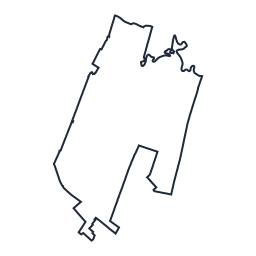 outline of Barcanesti, Ialomita, Romania
{"feature_id": "2599482B37861842426692", "entity_name": "Barcanesti", "entity_type": "district", "adm_level": 2, "iso_a3": "ROU", "parent_name": "Romania", "parent_adm1": "Ialomita", "projection": "albers", "projection_center": [26.664, 44.608], "detail": "fine", "context": "isolated", "style": "outline", "palette": "slate", "viewbox_px": 256, "rotation_deg": 0, "n_neighbors": 0, "source": "geoboundaries", "source_scale": "gbopen_adm2", "svg_char_len": 5543}
<svg xmlns="http://www.w3.org/2000/svg" viewBox="0 0 256 256"><path d="M171.2,194.5L173.5,184.3L174.0,182.0L180.1,158.8L183.3,143.7L183.9,140.7L187.6,123.3L190.1,114.5L195.4,97.4L195.6,97.2L197.5,90.8L198.0,88.8L198.0,88.5L197.9,88.3L199.3,84.4L200.2,81.6L201.2,79.0L202.1,76.1L201.0,76.1L200.0,76.0L199.4,75.9L198.2,75.3L194.9,73.2L194.5,72.8L193.9,71.4L193.7,70.7L193.8,69.9L193.9,68.7L194.1,67.8L194.4,67.0L194.2,66.4L193.9,66.0L193.4,65.8L192.9,65.8L192.1,66.1L191.8,66.4L191.4,66.9L191.1,67.2L190.7,68.0L190.6,68.9L190.5,69.5L190.4,70.1L190.1,70.6L189.5,71.1L189.0,71.1L188.5,70.9L188.0,70.4L187.1,69.7L186.4,69.5L185.7,69.6L185.1,70.0L184.7,70.4L184.2,70.8L183.8,71.0L183.3,71.0L182.5,71.0L182.2,70.7L181.9,70.4L181.7,70.0L181.5,69.3L181.5,68.4L181.6,67.7L182.2,65.6L182.4,65.0L182.6,64.1L182.6,63.4L182.5,62.8L182.2,61.6L181.2,58.7L180.9,58.1L180.6,57.5L180.2,56.9L179.5,55.7L178.1,54.1L177.2,52.9L176.7,52.2L176.6,51.7L176.6,51.3L176.8,50.8L177.4,50.2L177.9,49.9L178.6,49.7L180.7,49.5L181.8,49.4L182.7,49.1L183.9,48.6L184.4,48.2L184.8,47.6L185.5,47.0L186.2,46.7L186.6,46.4L186.7,46.1L186.8,45.6L186.8,45.3L186.7,44.9L186.4,44.4L185.5,43.1L185.1,42.5L184.7,42.1L184.3,41.8L183.2,42.0L182.9,42.1L182.5,42.4L182.1,43.1L181.8,43.6L181.3,44.2L180.7,44.5L180.2,44.6L179.6,44.4L179.0,44.1L178.1,43.5L177.3,42.2L176.9,41.3L176.6,40.5L176.1,39.1L175.8,37.6L175.5,36.7L174.8,35.5L174.4,35.8L174.2,35.8L173.4,38.5L172.8,41.4L172.9,41.7L172.6,43.0L172.2,46.3L172.0,47.2L171.8,48.0L172.0,48.8L172.3,49.4L172.7,50.2L173.4,51.0L173.8,51.4L174.0,51.5L173.4,53.3L173.0,53.1L171.1,53.0L170.6,52.9L170.1,52.5L170.2,51.9L170.7,51.0L170.8,50.6L170.8,50.2L170.6,49.6L170.4,49.4L169.9,49.2L169.5,49.1L169.1,49.1L168.7,49.1L168.3,49.3L167.9,49.5L167.3,50.0L166.5,50.7L166.3,50.9L165.5,51.0L165.2,51.3L164.9,51.6L164.8,52.1L164.7,52.3L164.7,52.5L164.8,52.7L164.9,52.8L165.1,53.0L165.4,53.1L167.6,53.6L168.6,54.0L169.0,54.3L169.4,54.7L169.8,55.2L170.1,55.5L170.1,55.8L169.9,55.9L169.3,56.1L167.4,55.6L166.2,55.4L165.0,55.4L164.4,55.6L163.3,55.8L160.2,56.9L159.8,57.1L159.5,57.3L158.3,58.0L157.9,58.4L157.4,58.9L156.3,60.0L155.8,60.4L155.5,60.8L154.7,61.5L154.2,61.7L153.7,61.8L153.4,61.7L153.0,61.4L152.8,61.2L152.6,60.9L152.6,60.6L152.7,60.3L152.8,60.0L153.2,59.5L153.9,58.9L154.1,58.5L154.1,58.2L154.0,57.8L153.9,57.5L153.6,57.4L152.3,57.1L151.6,56.9L151.1,56.7L150.5,56.1L149.9,55.4L149.5,55.0L149.3,54.9L148.8,54.7L148.4,54.6L148.2,54.7L147.9,54.9L147.5,55.3L147.0,56.0L146.6,56.8L146.4,57.3L145.9,59.8L145.9,60.5L145.8,60.8L145.7,61.3L145.6,61.6L145.6,61.9L145.4,62.1L145.3,62.5L144.9,63.6L144.8,63.8L144.5,64.4L144.2,64.8L143.7,65.3L143.0,65.8L142.8,66.0L142.4,66.0L142.1,66.0L141.8,65.8L141.6,65.5L141.5,65.2L141.4,64.3L141.1,63.1L141.0,62.5L141.1,62.0L143.4,61.2L143.8,61.0L144.1,60.8L144.2,60.6L144.4,60.3L144.5,59.8L144.5,59.1L144.5,58.6L144.4,58.2L143.8,57.2L144.2,55.8L145.6,50.9L146.2,48.6L147.2,45.0L147.2,44.7L148.3,41.1L148.5,40.1L148.8,39.5L150.6,32.7L151.2,30.6L151.7,28.7L152.3,26.9L151.5,26.6L150.5,26.1L150.0,26.0L148.0,25.8L147.1,25.7L146.2,25.7L145.7,25.8L145.0,26.0L144.3,26.3L143.9,26.6L143.4,27.3L140.6,26.2L140.6,26.3L139.1,25.6L136.4,24.2L135.8,23.9L134.9,23.6L133.4,23.3L132.9,23.3L132.0,23.8L131.3,24.2L131.2,24.2L130.0,23.8L126.8,22.5L125.1,21.9L123.1,20.4L122.2,19.8L121.5,19.0L120.7,18.4L120.2,17.9L119.7,17.6L119.3,17.5L119.0,17.3L118.4,16.8L115.1,15.4L114.9,15.6L114.7,15.9L114.1,18.5L111.8,25.8L110.4,30.6L109.4,33.8L109.3,34.3L109.2,35.1L109.2,35.3L109.3,35.8L109.2,36.7L108.8,36.4L108.5,36.3L108.3,36.3L108.1,36.3L107.9,36.5L107.6,36.9L107.3,37.5L107.2,37.9L107.2,38.6L107.1,39.5L107.0,39.9L106.8,40.1L106.6,40.3L106.0,40.6L101.5,49.4L100.1,49.0L99.9,49.4L97.4,54.2L93.5,62.0L92.5,63.8L97.2,66.9L98.6,67.7L97.9,68.7L97.6,69.3L97.1,70.2L95.6,72.7L95.4,72.6L94.4,74.0L93.7,73.9L93.2,73.6L92.7,74.0L92.5,73.7L92.4,73.1L92.2,72.3L92.1,72.2L91.8,72.1L90.4,73.0L88.4,76.3L88.7,76.5L88.5,77.1L79.2,101.9L78.8,103.1L78.7,103.4L72.2,120.7L73.2,121.1L72.7,122.3L71.8,121.9L69.4,128.1L69.1,128.7L61.9,147.2L60.7,150.5L60.4,150.6L59.8,150.6L59.4,150.7L59.4,151.6L59.5,151.7L53.9,164.0L54.6,165.5L55.1,166.9L58.8,177.9L59.6,180.4L60.9,183.3L61.2,183.7L62.1,185.4L62.9,186.0L62.7,186.3L63.7,187.9L64.4,188.6L70.3,194.0L72.2,195.5L80.9,201.8L77.6,204.7L73.6,208.2L77.5,212.8L85.5,221.8L81.0,228.9L78.7,232.2L78.7,232.5L81.3,234.4L82.2,233.7L83.2,233.0L91.0,240.1L91.6,240.6L93.2,239.3L93.3,239.0L94.7,235.4L94.6,235.2L92.7,233.5L92.5,233.3L92.5,233.0L92.5,232.7L93.1,231.9L89.3,228.5L89.7,228.0L92.9,224.8L92.9,224.7L92.2,224.0L92.2,223.9L95.3,219.9L94.6,219.3L95.8,217.8L99.1,220.2L103.1,223.5L104.9,224.9L110.3,229.4L113.7,232.0L114.5,232.7L115.6,233.6L119.0,227.5L110.7,221.5L110.0,220.9L110.2,220.6L110.5,219.8L112.1,215.4L113.7,210.9L114.4,209.2L114.4,208.7L115.3,206.3L116.3,203.7L117.1,201.5L117.3,201.0L117.5,200.8L117.4,200.4L117.4,200.1L117.7,199.5L118.0,198.5L118.4,197.8L118.7,197.4L118.6,197.0L122.2,187.4L122.9,185.5L123.6,183.3L125.4,178.5L126.4,175.5L126.4,175.3L127.5,172.6L128.0,170.9L128.4,169.9L129.3,167.5L129.4,167.3L130.2,165.5L131.1,163.1L131.4,162.1L132.2,160.4L132.5,159.7L133.9,156.5L134.0,156.1L134.0,155.8L134.0,155.6L134.7,154.7L135.4,153.3L138.1,147.5L138.9,145.5L142.1,146.6L157.5,151.7L155.2,158.7L155.0,159.3L154.8,160.0L153.9,162.5L152.6,166.8L152.2,167.8L151.5,169.8L149.9,174.5L149.3,175.2L147.1,177.3L149.0,179.3L150.8,181.2L150.7,181.3L156.3,187.3L153.5,189.9L153.9,190.7L154.3,191.1L154.5,191.2L161.1,192.5L161.5,192.6L166.4,193.5L171.2,194.5Z" fill="none" stroke="#1e293b" stroke-width="2"/></svg>